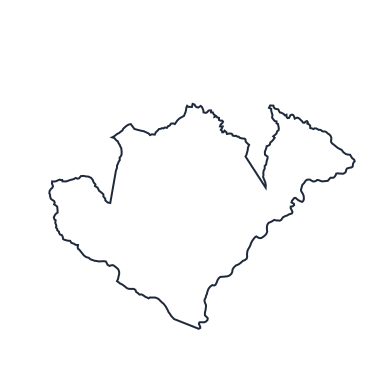 the district of São João do Paraíso, Maranhão, Brazil, rotated 30°
{"feature_id": "56859067B9306811321395", "entity_name": "São João do Paraíso", "entity_type": "district", "adm_level": 2, "iso_a3": "BRA", "parent_name": "Brazil", "parent_adm1": "Maranhão", "projection": "robinson", "projection_center": [-46.883, -6.44], "detail": "fine", "context": "isolated", "style": "outline", "palette": "slate", "viewbox_px": 384, "rotation_deg": 30, "n_neighbors": 0, "source": "geoboundaries", "source_scale": "gbopen_adm2", "svg_char_len": 6016}
<svg xmlns="http://www.w3.org/2000/svg" viewBox="0 0 384 384"><g transform="rotate(30 192 192)"><path d="M207.6,305.8L208.3,304.4L212.9,301.8L214.4,301.5L216.6,301.4L220.9,302.6L223.3,303.0L226.5,304.3L229.8,306.3L232.0,307.9L233.7,308.5L236.1,309.8L238.8,310.6L240.0,311.0L242.5,310.6L266.2,307.1L267.1,305.6L266.4,304.5L263.9,302.8L263.6,301.2L265.3,300.0L267.2,299.1L268.2,298.2L269.0,296.9L269.4,295.0L268.7,293.4L264.8,292.3L263.4,289.8L262.9,287.9L261.8,285.1L261.1,283.7L260.4,282.7L259.1,281.8L257.5,280.4L256.7,278.9L256.6,276.5L256.0,274.7L255.9,272.9L255.3,271.0L254.9,269.2L254.7,267.2L255.1,264.8L256.1,262.5L257.9,261.9L258.7,260.8L258.7,258.7L258.2,255.6L258.3,253.1L259.0,251.4L263.9,248.0L265.3,246.8L266.3,245.4L267.0,243.2L266.8,241.0L265.9,238.9L265.9,237.0L266.2,235.4L266.9,233.4L268.3,231.8L269.4,229.5L270.5,226.2L271.9,224.4L272.7,222.4L272.1,220.4L270.7,218.3L269.5,215.4L269.3,213.9L269.3,209.9L268.7,206.5L268.6,204.0L269.1,199.9L269.9,198.3L272.2,198.4L273.8,198.1L275.0,197.2L275.7,196.0L276.9,193.2L277.3,191.1L277.0,188.8L275.3,186.5L274.0,184.2L273.6,182.3L273.8,180.4L275.7,177.8L277.2,175.0L279.3,174.5L280.8,173.6L282.3,173.0L283.2,171.6L283.4,168.5L284.8,166.2L286.2,164.7L286.9,163.3L287.8,162.2L289.2,160.7L289.0,159.0L287.9,158.2L285.5,156.7L284.8,155.3L286.3,154.1L287.0,152.3L286.1,151.2L283.4,151.3L283.0,149.5L283.6,146.0L284.8,145.3L286.4,145.7L288.1,145.9L290.0,145.9L292.3,145.5L292.8,144.3L292.5,142.4L291.5,140.7L290.4,139.3L288.8,138.1L286.2,136.7L285.3,135.7L285.0,134.4L284.6,133.1L284.0,130.5L284.6,128.3L284.8,125.3L285.6,123.7L287.9,122.3L289.5,122.4L291.8,122.3L293.6,120.8L294.4,119.0L295.7,118.4L299.1,117.9L301.9,116.0L304.0,114.4L304.8,110.4L306.3,109.6L307.4,108.8L307.9,107.5L308.0,105.6L307.7,104.0L308.6,103.1L310.9,102.1L312.4,101.2L313.7,100.7L314.6,99.4L315.1,97.8L314.4,95.3L314.6,94.0L316.8,91.7L317.9,91.0L318.4,89.6L317.4,87.2L317.2,85.7L317.5,84.0L316.2,82.9L313.7,82.6L310.3,80.7L308.4,81.6L306.3,82.2L304.1,82.0L302.4,81.6L301.2,80.9L299.6,80.7L298.4,80.9L295.9,80.9L291.0,80.1L289.2,79.9L287.8,79.4L286.8,78.2L286.3,76.7L285.5,75.3L284.1,74.2L282.7,73.6L280.2,73.4L278.4,73.0L276.9,73.1L275.7,73.8L274.4,74.3L273.0,73.9L271.8,74.1L270.7,74.8L268.0,74.8L266.3,75.6L265.7,76.8L263.9,77.0L262.4,77.5L261.2,75.5L259.7,74.9L257.7,75.1L257.5,73.7L256.1,73.1L255.1,74.4L254.8,75.8L253.6,76.4L251.9,75.7L249.9,75.2L248.3,74.8L247.0,74.7L245.8,75.1L244.3,77.1L242.6,75.5L241.2,74.8L239.9,75.0L238.9,76.2L239.0,79.4L237.9,80.2L236.6,79.9L235.2,77.9L234.2,79.2L232.3,78.6L229.7,78.7L228.3,79.2L227.1,78.5L225.4,77.3L223.1,78.1L221.7,78.3L220.4,77.6L219.3,76.5L216.4,78.0L216.6,80.6L219.0,80.4L220.2,82.3L223.2,85.1L224.2,87.6L226.3,88.5L228.1,89.2L229.9,88.6L230.9,90.3L232.4,90.1L235.4,93.5L236.1,95.3L235.4,96.8L235.9,99.2L235.4,100.9L234.5,103.2L236.5,103.7L236.3,105.7L235.9,107.8L235.1,109.8L235.7,112.1L235.1,113.5L233.7,115.1L234.4,116.8L235.0,120.8L236.6,123.2L239.8,123.6L240.7,125.3L241.1,127.5L241.8,129.5L242.5,131.2L241.9,133.0L243.3,135.4L243.4,137.7L244.2,139.8L245.4,141.6L246.1,143.5L248.2,145.1L250.8,147.2L252.6,149.4L253.6,151.4L220.6,134.5L220.6,132.9L220.0,130.4L219.1,127.3L218.3,125.8L217.9,122.6L216.4,122.4L214.1,121.8L213.0,121.2L212.1,119.8L210.9,119.5L208.8,120.5L206.3,121.2L204.7,120.8L203.6,121.4L202.0,121.3L201.0,122.2L198.9,122.8L198.0,121.8L196.5,121.9L195.4,122.5L193.2,124.3L191.9,123.0L189.5,122.6L189.4,124.5L188.4,125.2L187.3,124.1L185.9,123.8L186.1,121.8L185.8,119.9L183.5,121.2L183.1,119.2L183.8,117.1L183.7,115.5L182.4,115.1L181.0,116.0L179.3,116.1L178.3,114.3L176.5,114.8L175.2,114.2L173.9,115.7L173.5,114.1L171.8,113.8L170.3,112.7L168.7,113.5L167.8,111.8L166.6,112.4L165.6,113.3L165.2,115.4L164.5,116.5L162.2,117.3L160.9,115.5L158.2,113.5L156.5,113.1L155.2,115.7L153.6,116.2L152.4,116.1L150.4,115.0L148.5,115.4L149.4,118.4L146.2,120.1L144.7,119.8L144.8,121.5L145.8,123.8L146.4,125.9L147.0,130.1L145.6,132.4L144.4,134.5L143.5,137.5L143.2,141.7L141.5,142.0L139.7,143.2L139.4,145.8L138.4,146.9L138.2,149.0L136.2,149.7L135.5,151.2L134.1,151.7L133.2,153.0L131.9,154.0L131.5,156.1L130.8,158.6L131.1,160.9L128.4,162.1L127.2,163.7L125.2,163.0L122.8,163.2L120.2,163.4L117.2,164.4L113.7,165.4L110.6,166.2L105.1,163.8L103.5,165.2L102.7,166.5L102.0,168.0L100.8,171.6L101.0,173.4L100.0,175.6L99.4,177.3L98.2,179.1L97.5,180.8L96.7,182.8L95.5,184.6L97.9,184.1L99.6,184.8L101.0,185.2L102.5,185.2L103.9,186.4L106.1,187.5L107.1,188.4L108.8,189.4L110.9,192.2L112.0,194.2L112.5,195.7L112.2,198.6L113.5,200.4L113.4,202.9L113.7,204.4L113.9,206.7L115.0,208.7L115.4,211.4L126.7,242.4L124.1,243.3L121.1,242.6L120.1,241.1L117.6,240.3L116.4,238.3L113.5,237.7L111.0,237.4L108.0,235.4L105.0,235.4L104.6,233.7L102.4,233.0L101.3,232.3L99.9,231.1L97.5,230.2L94.5,230.5L92.2,231.6L90.2,232.2L87.9,233.7L87.3,236.7L86.2,237.7L84.2,238.0L83.3,239.7L82.2,240.9L81.0,242.0L77.7,245.8L74.5,247.5L73.6,246.5L72.6,247.2L71.3,247.4L70.2,248.8L68.9,250.6L67.4,251.9L65.6,252.7L66.1,254.1L67.0,255.1L68.8,256.6L68.9,258.4L68.3,259.9L68.2,262.4L69.1,264.5L70.5,265.4L71.5,267.0L73.1,268.4L74.8,268.7L77.2,268.8L78.4,269.8L78.8,271.7L80.6,271.7L82.6,272.1L84.8,275.2L85.9,277.0L85.1,278.7L84.8,280.4L85.0,283.1L86.7,284.6L88.0,284.6L89.0,287.1L90.5,288.2L91.5,289.2L92.0,290.8L93.7,291.3L94.4,292.5L96.5,292.8L97.3,293.8L98.9,294.8L100.8,294.4L102.3,295.3L103.9,297.2L105.2,297.2L109.0,296.2L110.9,295.2L112.8,296.3L114.4,296.1L115.8,295.8L117.5,296.0L119.8,294.9L120.5,296.9L121.6,298.1L123.1,298.3L125.8,299.3L129.8,300.9L132.3,301.3L134.1,301.0L135.6,300.6L137.5,301.1L142.2,300.2L144.0,299.4L145.7,298.9L150.1,296.1L152.1,295.2L154.2,296.5L155.2,297.2L157.5,297.3L158.7,295.9L159.9,295.0L161.3,294.8L165.5,295.5L166.7,295.8L168.6,297.3L169.8,299.1L171.5,304.6L171.6,306.7L173.9,306.9L175.3,307.2L177.1,307.0L180.0,307.2L183.7,307.8L185.6,307.5L188.2,306.1L189.6,305.2L190.8,305.0L192.0,305.1L193.5,306.4L195.6,306.6L197.8,307.1L199.2,306.1L200.4,305.8L204.5,306.1L206.1,305.8L207.6,305.8Z" fill="none" stroke="#1e293b" stroke-width="2"/></g></svg>